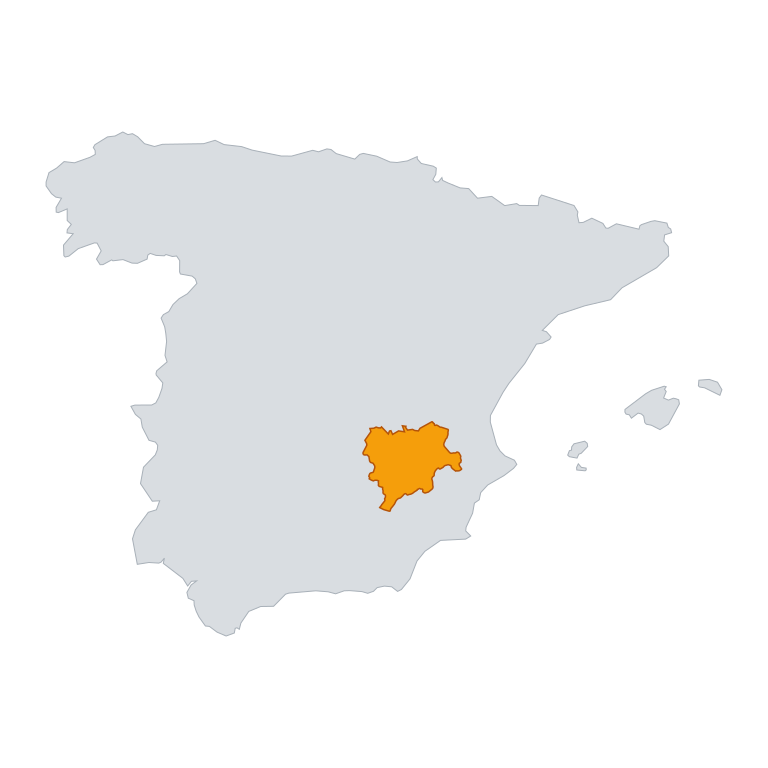 where Albacete sits in Spain
{"feature_id": "ESP-5802", "entity_name": "Albacete", "entity_type": "Autonomous Community", "adm_level": 1, "iso_a3": "ESP", "parent_name": "Spain", "parent_adm1": "", "projection": "mercator", "projection_center": [-1.774, 38.723], "detail": "fine", "context": "in_parent", "style": "filled", "palette": "amber", "viewbox_px": 768, "rotation_deg": 0, "n_neighbors": 0, "source": "natural_earth", "source_scale": "10m", "svg_char_len": 7403}
<svg xmlns="http://www.w3.org/2000/svg" viewBox="0 0 768 768"><path d="M417.2,156.6L417.3,159.0L421.3,163.5L433.3,166.2L436.3,168.1L435.8,174.3L432.9,179.6L435.4,182.0L438.4,181.9L441.9,177.6L442.6,180.4L448.1,183.0L460.1,187.9L468.7,188.6L477.5,198.2L491.8,196.4L504.7,205.6L516.7,203.6L519.4,205.4L538.2,205.6L539.2,198.1L541.5,195.0L574.0,205.5L577.9,211.9L577.3,215.2L579.0,222.7L583.2,222.4L591.8,218.2L602.9,223.4L605.8,228.0L608.1,228.3L616.4,223.8L639.0,229.2L639.9,225.7L641.5,224.6L650.9,221.4L654.8,220.7L666.9,223.1L668.3,227.4L670.7,229.0L671.6,232.7L664.6,234.9L663.8,241.2L668.2,246.6L668.7,255.9L656.6,267.7L622.0,287.8L610.6,299.7L584.8,305.8L558.2,314.6L542.3,330.4L546.4,331.7L551.1,337.0L549.6,339.4L542.6,343.1L536.4,344.1L524.8,363.5L508.9,383.4L503.0,392.4L490.4,415.5L490.3,422.1L496.5,444.9L500.0,450.9L505.0,455.9L514.4,460.2L516.8,464.4L513.5,468.4L504.1,475.5L487.7,485.0L480.7,492.6L479.2,499.8L474.4,503.1L472.6,513.2L466.1,527.2L465.7,530.9L470.7,536.0L465.7,539.1L440.5,540.4L424.9,551.3L417.0,561.0L410.0,578.9L401.4,589.5L397.6,591.4L391.7,586.8L384.4,586.1L377.2,587.6L373.5,591.3L367.7,593.3L362.0,591.6L349.6,590.6L344.2,590.8L335.6,593.8L328.2,591.8L315.8,590.8L288.9,593.1L285.5,594.2L273.6,606.3L260.6,606.5L248.8,611.4L240.9,623.0L239.3,629.3L237.0,627.8L235.2,628.3L234.3,633.0L226.1,636.0L217.0,632.1L209.4,626.4L205.4,626.0L199.0,617.0L196.2,611.2L194.2,605.0L194.0,600.7L188.3,598.2L186.9,592.4L191.1,585.0L196.6,580.9L191.4,581.3L187.7,586.0L182.9,578.4L163.3,563.4L164.4,558.1L161.1,562.1L158.8,563.1L148.9,562.5L137.3,564.3L132.5,538.8L135.4,529.8L148.3,512.3L156.4,509.8L159.7,500.8L152.3,501.2L140.5,483.6L143.5,467.2L155.3,454.9L157.3,449.9L157.7,445.3L155.4,442.1L149.0,440.3L142.3,427.2L140.9,419.0L135.4,414.4L130.9,406.3L134.9,405.1L151.7,405.0L155.8,402.9L158.8,397.4L162.0,388.4L162.8,382.9L156.2,375.0L156.0,373.4L156.8,370.7L167.1,361.9L165.0,355.4L166.6,341.5L165.8,333.4L164.7,326.8L161.1,318.1L163.4,314.6L168.8,311.6L173.0,304.5L179.2,298.6L187.4,293.8L196.9,283.4L195.3,278.8L192.1,276.1L180.4,274.0L179.6,271.9L179.7,260.6L176.6,256.0L172.4,256.5L165.9,254.5L164.3,255.8L156.1,255.4L150.2,253.4L147.8,255.1L147.1,259.1L137.5,263.3L132.0,263.1L123.0,259.6L112.9,260.8L111.7,259.9L103.0,264.6L100.1,264.7L96.5,259.1L101.2,250.9L97.1,243.1L94.4,242.9L78.3,248.6L68.9,256.1L65.2,257.0L63.9,255.7L63.5,245.1L73.2,233.7L67.0,232.9L67.3,229.6L71.3,224.4L67.2,220.5L67.2,208.9L58.4,212.6L56.2,212.1L56.1,207.4L61.5,198.2L55.8,197.1L51.5,193.7L46.1,186.0L46.1,182.0L49.0,172.6L56.6,168.1L64.1,161.6L74.5,162.8L90.0,157.3L95.3,154.4L95.1,150.4L93.3,147.5L94.9,144.7L107.5,136.9L115.1,136.0L122.8,132.0L127.9,134.6L132.5,133.7L137.7,136.8L144.5,143.7L154.5,146.5L162.5,144.3L203.5,143.7L215.1,140.3L224.1,144.6L241.6,146.6L252.1,150.1L281.1,156.0L291.6,156.1L312.7,150.3L318.5,151.8L326.9,148.9L331.0,149.5L336.2,153.6L354.8,159.1L359.7,154.4L363.3,153.4L376.7,156.2L390.1,162.0L397.1,162.5L407.4,160.9L417.2,156.6ZM663.6,398.0L668.4,400.1L673.4,398.2L676.1,398.8L678.7,399.8L679.4,403.9L668.5,424.1L660.0,429.6L651.3,425.2L646.3,424.2L644.8,422.5L643.7,416.1L641.4,414.0L638.1,413.1L631.4,418.2L629.3,414.8L626.1,414.1L624.9,412.1L625.0,409.4L645.6,393.8L651.6,390.3L664.2,386.2L666.2,386.8L664.5,389.2L666.2,391.5L663.6,398.0ZM721.9,389.7L719.9,395.3L704.6,387.8L699.6,387.0L698.4,385.8L698.9,380.2L709.2,379.4L717.5,382.2L721.9,389.7ZM578.8,454.2L577.0,458.1L569.4,456.7L567.7,455.1L569.4,450.7L571.5,450.1L571.7,446.9L574.0,443.8L584.7,441.2L587.2,443.3L587.7,446.5L581.2,453.3L578.8,454.2ZM586.2,469.9L585.1,470.8L576.8,470.0L576.6,467.4L578.3,463.8L581.4,467.4L586.1,468.1L586.2,469.9Z" fill="#d9dde1" stroke="#a8b0b8" stroke-width="1"/><path d="M455.7,471.1L452.9,469.0L451.6,467.7L451.4,467.3L451.2,466.8L451.2,466.4L451.1,465.9L450.8,465.6L450.4,465.4L448.6,464.8L448.1,464.7L445.2,465.5L444.7,465.7L444.2,466.1L443.0,467.4L440.2,469.0L439.6,469.0L439.2,468.8L439.0,468.4L438.7,468.1L438.3,468.0L437.6,468.4L436.7,469.1L435.2,471.0L434.4,472.8L434.2,473.8L434.2,474.2L434.2,475.2L434.0,475.6L433.7,476.1L433.1,476.5L432.6,476.9L432.0,478.0L431.9,478.3L431.8,478.7L431.8,479.1L431.9,479.4L432.0,479.7L432.2,480.1L432.4,480.9L432.6,482.0L432.7,484.0L432.7,485.0L433.0,486.6L433.0,487.1L432.9,487.6L432.8,488.0L432.6,488.5L432.2,489.0L428.5,492.0L425.6,492.9L425.1,493.0L424.6,492.9L424.2,492.7L423.5,492.4L423.2,492.2L423.0,491.9L422.8,491.6L422.7,491.3L422.7,491.0L422.7,490.6L422.8,490.3L422.8,490.0L422.8,489.7L422.6,489.4L422.4,489.2L422.1,489.0L421.8,489.0L421.0,489.1L420.7,489.0L420.1,488.6L419.8,488.5L419.4,488.5L418.9,488.7L418.6,488.9L418.2,489.2L417.6,489.4L417.4,489.4L417.3,489.5L417.3,489.8L417.1,490.2L414.5,491.8L412.6,493.3L411.4,493.9L410.6,494.2L409.0,494.5L407.7,495.0L407.3,495.0L407.0,494.8L406.2,494.0L405.8,493.7L405.4,493.7L404.8,493.8L404.0,494.3L402.7,495.8L400.6,497.8L400.0,498.1L399.0,498.3L398.5,498.5L397.8,498.9L396.4,500.3L395.9,501.1L394.5,504.0L392.9,506.1L391.1,508.3L390.8,508.7L390.1,511.0L389.5,511.2L388.9,511.1L383.7,509.6L379.7,507.6L380.2,506.8L380.9,506.0L381.2,505.6L381.7,504.7L384.8,500.8L384.9,500.2L384.8,499.7L384.6,498.9L384.6,498.6L384.7,498.4L385.0,498.2L385.1,497.9L385.3,497.5L385.4,497.2L385.4,496.7L385.5,496.3L385.5,495.8L385.4,495.4L385.0,494.7L383.5,493.8L383.1,493.1L383.0,492.5L383.0,492.0L383.1,491.0L382.9,490.0L382.7,489.6L382.6,489.1L382.6,488.6L382.7,487.7L382.6,487.4L379.2,486.4L378.7,485.8L378.5,485.5L378.3,485.1L378.4,484.7L378.5,484.2L378.5,483.3L378.4,482.9L378.3,482.0L378.5,481.2L378.5,480.9L378.4,480.9L377.9,480.6L377.1,480.3L375.7,480.2L374.9,480.3L374.2,480.5L373.3,480.9L371.1,480.0L369.2,478.8L369.7,477.9L368.8,476.2L369.5,474.2L369.9,473.5L370.6,473.0L373.1,472.3L373.6,471.4L374.8,467.7L374.8,466.5L374.5,465.5L373.0,463.2L370.5,462.4L369.6,461.0L368.9,456.6L367.1,454.9L364.7,455.0L363.5,454.6L363.0,453.4L363.1,452.4L366.7,445.5L366.8,444.6L366.6,443.5L364.9,440.3L370.9,431.7L369.9,428.5L373.9,428.2L376.1,427.1L378.6,427.9L380.6,427.9L381.5,426.9L388.3,434.0L389.5,431.0L390.9,430.7L392.6,434.4L398.6,430.9L404.5,431.8L402.4,425.8L405.9,426.3L405.5,427.2L407.5,430.1L412.6,429.4L414.7,430.5L418.4,430.9L420.0,428.3L431.8,421.8L432.5,421.9L432.7,422.2L432.8,422.6L433.0,422.8L433.4,422.9L433.5,423.2L433.6,423.4L434.1,423.6L434.3,423.8L434.3,424.1L434.4,424.5L434.5,424.9L434.6,425.3L434.8,425.4L435.1,425.3L435.6,425.4L435.8,425.3L436.1,425.1L436.6,425.1L437.6,425.5L439.9,427.0L440.4,427.2L440.8,427.2L441.3,427.2L448.0,429.4L448.3,429.9L448.3,430.4L448.2,430.9L448.1,431.4L447.9,432.4L448.0,432.9L448.0,433.4L448.0,433.8L447.9,434.8L447.8,435.2L447.6,435.6L447.5,436.0L447.3,436.6L447.2,437.1L446.8,438.0L446.5,438.4L446.1,438.7L445.5,439.5L445.3,440.0L445.0,440.9L444.8,441.4L444.3,442.3L444.1,442.8L444.0,443.2L443.9,443.7L443.8,444.2L443.8,444.9L444.1,445.9L444.4,446.5L449.3,452.2L450.1,452.9L450.8,453.3L452.2,453.2L453.5,452.9L454.9,453.0L455.9,452.8L456.6,452.2L456.9,452.1L457.3,452.1L457.8,452.2L458.3,452.4L458.9,452.8L460.5,455.6L460.8,456.2L460.7,456.7L460.5,457.7L460.5,458.2L461.2,460.2L461.2,460.5L461.1,460.9L460.9,461.2L460.8,462.3L460.3,462.7L459.8,463.0L459.4,463.2L459.2,463.7L459.1,464.2L459.4,465.4L459.7,466.2L460.2,466.8L460.5,467.2L461.0,468.0L461.3,468.4L461.6,468.9L461.6,469.1L461.4,469.4L459.8,470.5L459.0,470.8L458.0,470.9L456.8,470.9L456.5,470.8L455.7,471.1Z" fill="#f59e0b" stroke="#b45309" stroke-width="1.5"/></svg>